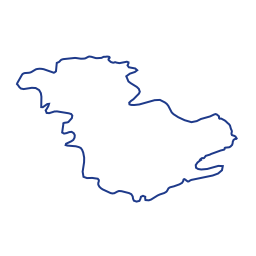 the State of Tripura, rotated 266°
{"feature_id": "IND-3301", "entity_name": "Tripura", "entity_type": "State", "adm_level": 1, "iso_a3": "IND", "parent_name": "India", "parent_adm1": "", "projection": "mercator", "projection_center": [91.787, 23.743], "detail": "fine", "context": "isolated", "style": "outline", "palette": "blue", "viewbox_px": 256, "rotation_deg": 266, "n_neighbors": 0, "source": "natural_earth", "source_scale": "10m", "svg_char_len": 3252}
<svg xmlns="http://www.w3.org/2000/svg" viewBox="0 0 256 256"><g transform="rotate(266 128 128)"><path d="M193.1,133.8L193.1,133.3L190.5,131.9L188.5,133.1L186.9,139.3L185.0,141.2L183.4,138.8L182.1,133.7L179.7,129.9L174.4,131.7L172.4,134.0L168.4,139.6L166.3,141.5L163.4,142.3L161.5,141.3L156.3,135.4L154.8,132.9L153.2,131.0L151.5,131.1L150.8,132.8L150.5,135.7L150.7,140.9L153.9,156.5L153.8,161.8L151.0,166.5L149.4,168.3L147.4,169.7L140.5,172.7L138.6,174.4L135.3,178.8L131.8,185.1L129.4,191.7L130.1,197.1L131.9,201.4L133.8,210.6L135.4,214.7L135.8,216.3L135.3,217.5L133.4,219.5L133.1,219.6L132.0,219.5L131.6,219.5L130.9,220.0L130.9,220.7L131.0,221.3L130.8,221.8L128.8,225.0L127.9,226.0L125.8,227.9L124.9,228.9L123.4,229.9L120.0,230.6L118.4,231.2L117.5,231.4L116.6,231.2L115.7,230.9L114.9,230.8L113.7,231.2L113.2,232.3L112.7,233.6L112.0,234.6L110.0,235.7L109.6,235.3L109.6,234.0L108.8,232.5L107.1,231.6L105.5,231.3L103.9,230.7L102.3,228.9L101.7,227.5L101.6,223.6L101.3,223.1L100.1,222.8L99.7,222.3L99.1,218.9L96.3,209.1L95.7,207.7L94.8,203.6L94.6,203.5L92.7,201.7L92.6,201.0L92.8,200.3L92.7,199.4L91.9,198.3L91.5,199.3L91.5,199.5L90.5,197.5L88.7,194.9L86.3,193.0L83.6,193.1L82.2,195.1L81.5,198.2L81.6,204.2L83.9,215.5L83.4,219.9L79.3,218.8L76.3,214.7L74.7,209.2L71.8,187.6L71.3,186.2L70.6,185.1L70.4,184.1L71.3,182.8L72.5,181.6L73.1,180.5L72.7,179.8L71.1,179.3L69.5,178.1L68.2,175.4L66.6,169.7L66.0,166.3L65.7,165.3L64.9,164.1L62.7,162.7L61.7,161.8L60.6,159.6L59.5,155.2L58.6,152.8L55.0,146.0L54.4,143.7L54.9,140.4L56.4,140.2L58.2,140.4L59.3,138.2L58.5,136.1L56.4,135.4L54.5,134.3L54.0,131.4L55.1,128.8L57.1,128.1L59.4,127.9L61.7,126.7L63.0,124.5L65.4,117.2L65.8,114.6L65.3,112.9L63.9,109.8L63.8,107.9L64.3,106.1L68.5,98.5L69.8,96.8L71.5,95.3L73.6,94.4L75.3,94.5L75.7,94.7L76.7,95.1L78.0,95.3L79.5,94.3L80.7,88.8L80.9,83.6L82.4,80.2L87.6,79.7L96.9,81.8L101.5,82.2L106.6,81.6L109.4,80.7L111.3,79.5L112.4,77.6L113.4,74.7L114.7,66.2L115.3,64.6L116.6,65.1L118.7,70.5L119.9,72.6L122.1,74.0L124.5,74.4L126.6,73.5L128.1,71.5L128.0,69.1L127.2,66.4L126.9,63.8L128.1,62.0L136.0,63.7L137.2,63.8L137.6,64.7L137.8,67.7L138.1,68.9L141.8,72.7L144.3,73.3L145.9,72.3L146.8,69.9L149.5,58.4L149.6,55.8L148.3,50.4L148.7,47.9L151.4,47.1L152.5,48.1L155.3,50.0L157.6,50.9L157.5,49.1L154.7,44.5L154.9,42.9L165.2,43.8L168.8,43.5L172.0,42.0L174.3,38.7L174.8,34.9L174.1,26.6L174.8,24.0L176.3,22.5L178.2,21.4L179.6,20.3L180.7,20.8L188.4,25.9L189.2,26.6L189.7,27.6L190.0,28.8L190.0,33.0L190.2,34.4L190.6,35.6L192.9,40.1L193.2,41.5L193.3,44.0L193.0,46.1L192.5,48.1L188.3,57.9L188.9,59.2L189.6,60.1L197.9,61.5L198.6,63.6L199.3,64.6L199.7,64.9L200.2,65.5L200.7,66.2L201.0,67.2L201.2,68.2L201.6,79.7L201.5,80.8L200.4,85.9L200.3,88.8L200.4,90.0L200.7,90.9L200.9,91.3L201.6,92.9L201.9,93.7L202.0,94.4L201.6,96.4L200.1,100.4L199.9,101.2L199.8,102.3L199.8,105.6L199.8,106.4L200.0,106.9L200.5,108.1L200.7,108.7L200.7,109.4L200.6,110.4L200.7,111.7L200.6,112.9L200.4,113.9L200.2,114.3L199.7,114.6L199.2,114.5L198.9,114.2L198.7,113.9L198.4,113.6L198.0,113.4L197.5,113.3L197.1,113.5L196.8,113.7L196.5,114.1L195.5,115.0L195.0,115.6L194.5,116.8L194.2,117.7L194.2,118.5L194.5,119.3L194.5,120.0L194.0,121.2L193.3,124.0L194.2,131.5L193.1,133.8Z" fill="none" stroke="#1e3a8a" stroke-width="2"/></g></svg>